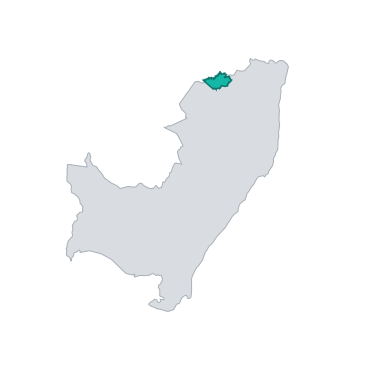 Sandia, Puno, Peru shown in context, rotated 245°
{"feature_id": "86281439B32032082656225", "entity_name": "Sandia", "entity_type": "district", "adm_level": 2, "iso_a3": "PER", "parent_name": "Peru", "parent_adm1": "Puno", "projection": "albers", "projection_center": [-69.323, -13.833], "detail": "fine", "context": "in_parent", "style": "filled", "palette": "teal", "viewbox_px": 384, "rotation_deg": 245, "n_neighbors": 0, "source": "geoboundaries", "source_scale": "gbopen_adm2", "svg_char_len": 7585}
<svg xmlns="http://www.w3.org/2000/svg" viewBox="0 0 384 384"><g transform="rotate(245 192 192)"><path d="M271.1,114.2L271.0,115.2L269.7,115.7L268.5,115.0L266.8,115.3L264.2,113.0L258.0,113.3L255.3,116.1L251.2,116.7L246.7,118.0L241.6,118.6L233.7,123.0L231.9,124.7L228.4,127.3L225.5,128.2L224.1,136.1L221.4,140.7L220.3,143.3L221.9,147.1L221.9,148.9L220.3,150.5L219.0,150.6L216.3,152.3L212.4,155.9L211.7,158.6L213.1,162.1L212.6,162.5L209.3,163.2L209.4,165.2L208.8,166.0L211.6,168.7L213.2,169.4L213.3,170.1L213.0,170.8L212.4,171.1L212.4,171.7L214.4,173.8L216.0,178.0L218.9,180.0L219.0,181.4L219.9,182.7L221.4,183.7L225.0,187.9L225.1,189.8L221.5,194.4L227.6,194.3L234.3,195.7L235.2,196.4L236.0,198.5L236.1,199.8L237.5,200.8L237.4,203.3L246.2,203.3L251.8,202.6L261.0,195.0L262.4,194.3L261.7,196.0L261.6,197.2L262.1,198.5L261.0,200.3L261.0,218.7L262.7,217.7L264.8,219.4L266.4,219.5L271.4,217.4L277.2,217.7L290.8,241.8L289.6,243.4L289.7,244.6L288.0,245.7L286.3,247.6L286.3,257.2L284.9,260.1L285.7,261.6L286.4,264.6L287.6,266.5L287.9,267.6L287.8,268.1L285.9,269.1L285.8,270.9L282.5,274.3L281.8,276.6L280.6,277.3L280.4,279.9L283.4,284.2L281.4,286.7L279.7,290.4L282.7,298.3L283.9,299.4L285.3,299.4L287.2,300.1L288.3,301.3L285.8,302.7L285.5,303.4L285.6,306.0L283.0,307.9L279.4,312.9L278.5,313.1L276.7,314.6L276.3,315.4L276.6,316.1L278.2,317.5L278.3,319.3L275.8,321.6L274.0,321.8L273.3,322.4L274.0,325.4L274.0,326.8L273.5,328.4L272.2,330.2L268.4,332.0L265.0,332.4L259.0,327.9L257.2,326.0L251.3,322.2L250.3,318.2L248.4,316.2L244.8,314.8L241.9,312.7L239.7,311.8L234.4,307.3L229.5,305.9L220.4,301.2L215.5,299.7L209.1,295.4L205.7,294.2L203.0,292.2L194.7,287.9L193.3,286.5L192.0,284.4L190.2,283.1L188.0,280.1L184.9,278.5L181.9,276.2L178.1,270.0L176.4,268.6L176.2,265.7L174.9,264.4L176.7,263.5L177.7,259.0L177.0,256.7L172.6,250.9L171.8,248.4L168.6,243.9L167.4,241.2L164.8,239.2L163.7,237.5L162.4,236.9L162.2,234.7L161.1,230.7L159.7,228.8L154.7,225.1L154.0,221.0L152.8,218.2L145.6,206.9L141.2,195.9L137.6,189.9L136.0,186.4L135.8,184.5L133.2,181.3L131.7,178.4L125.9,172.8L122.3,166.5L121.8,164.7L119.4,161.2L115.6,156.8L113.7,155.0L102.6,149.9L97.3,146.7L96.6,145.0L96.8,143.9L97.9,142.9L99.5,143.6L100.4,143.2L101.1,141.9L101.0,140.0L100.0,137.6L96.2,133.1L97.0,130.9L93.2,125.6L93.8,120.2L94.5,118.8L99.6,113.2L100.9,110.8L103.2,109.3L105.4,107.0L108.1,105.2L109.0,105.8L109.9,108.6L109.9,110.5L110.8,112.6L108.9,114.6L106.8,114.3L106.0,114.9L105.7,115.8L106.1,117.2L106.7,117.8L108.3,117.8L106.3,120.7L106.5,121.3L108.0,121.7L109.3,120.9L110.8,119.2L111.7,119.0L117.1,121.5L119.6,121.1L121.6,122.3L121.9,124.3L124.7,128.1L128.7,128.9L129.4,128.5L130.2,127.0L131.1,126.8L131.2,124.6L134.6,122.1L135.0,120.5L134.5,119.4L134.5,118.5L136.4,113.2L137.0,112.7L137.5,111.0L138.3,109.9L139.2,104.1L140.2,104.1L141.2,105.4L142.2,105.0L141.6,103.7L141.8,103.3L145.4,98.5L146.6,97.5L165.0,90.5L174.2,83.7L182.1,74.3L184.5,65.0L185.4,65.7L187.0,65.4L186.4,61.7L186.7,59.9L186.6,59.4L184.0,57.3L182.9,54.9L180.6,53.6L180.7,53.0L183.1,53.5L185.2,53.2L187.1,51.6L188.4,51.7L191.6,53.7L193.8,53.9L194.6,55.3L196.9,56.4L200.1,59.5L201.6,62.9L201.5,63.5L202.9,65.3L206.0,66.1L209.1,68.6L212.3,69.4L213.7,71.6L214.6,72.4L215.0,73.7L214.6,75.2L215.0,76.0L217.4,77.4L219.4,77.4L219.8,78.1L221.0,81.8L220.3,83.8L220.6,84.8L223.2,85.7L224.0,86.6L226.0,86.7L229.0,85.8L232.6,87.0L235.4,86.5L236.7,86.2L238.0,85.3L239.1,85.3L241.9,82.9L242.7,82.7L245.8,83.7L248.4,85.4L251.5,85.0L252.8,84.0L255.1,83.4L259.3,85.4L260.2,86.4L261.3,86.5L265.8,88.6L266.6,89.4L268.9,90.2L269.4,90.8L269.3,91.6L259.0,107.4L262.2,108.6L265.2,107.8L266.7,108.9L267.9,111.4L270.2,113.1L271.1,114.2Z" fill="#d9dde1" stroke="#a8b0b8" stroke-width="1"/><path d="M275.6,273.0L275.9,273.1L276.0,273.2L276.0,273.3L276.1,273.5L276.1,273.9L276.1,274.4L276.2,274.5L276.3,274.6L276.6,275.2L276.8,275.3L277.2,274.7L277.4,274.8L277.7,274.7L277.9,274.5L278.0,274.5L278.1,274.4L278.3,274.3L278.6,274.2L279.0,274.1L279.3,274.3L279.3,274.5L279.6,274.5L279.8,274.6L280.1,274.6L280.4,274.5L280.8,274.7L281.0,274.5L281.1,274.3L281.0,273.9L281.1,273.7L281.3,273.6L281.2,273.4L281.3,273.2L281.2,273.1L281.4,273.0L281.4,272.7L281.5,272.5L281.6,272.0L281.6,271.6L281.4,271.2L281.9,270.4L281.9,269.9L282.0,269.8L282.3,269.9L282.6,270.3L282.5,270.5L282.5,270.9L282.7,271.1L282.7,271.5L282.7,271.8L282.8,271.8L283.1,271.8L283.3,271.8L283.8,272.1L284.2,272.5L284.5,272.5L284.8,271.9L285.1,271.9L285.2,271.7L285.6,271.6L285.6,271.3L285.8,271.2L285.9,271.3L285.9,271.1L286.1,271.0L286.2,270.8L286.1,270.6L286.0,270.4L285.9,270.4L285.9,270.2L285.8,269.9L285.9,269.7L286.0,269.4L286.3,269.1L286.2,269.1L286.2,268.9L286.2,268.7L286.3,268.6L286.5,268.6L286.4,268.5L286.6,268.4L288.6,268.4L288.5,268.2L288.3,268.1L288.3,267.9L288.2,267.8L288.3,267.8L288.2,267.7L288.3,267.4L288.5,267.4L288.3,267.1L287.9,266.7L287.9,266.3L287.7,266.3L287.8,266.2L287.6,265.8L287.6,265.7L287.4,265.6L287.2,265.5L287.2,265.4L287.1,265.5L287.0,265.4L286.9,265.3L286.9,265.2L286.7,265.1L286.6,264.9L286.3,264.6L286.4,264.3L286.5,264.2L286.4,264.2L286.3,263.9L286.2,263.6L286.3,263.4L286.4,263.2L286.5,263.2L286.8,262.9L286.9,262.5L287.0,262.4L287.2,262.1L286.7,261.9L286.4,261.8L286.1,261.7L286.3,261.6L286.3,261.4L286.1,261.2L285.9,260.9L285.6,261.0L285.5,260.8L285.5,260.7L285.4,260.6L285.2,260.4L285.2,260.2L285.0,259.9L285.0,259.7L285.3,259.5L285.5,259.4L285.5,259.5L285.4,259.5L285.5,259.6L285.9,259.6L286.1,259.6L286.0,259.4L285.9,259.2L286.0,259.2L286.4,259.0L286.4,258.9L286.5,258.9L286.6,258.6L286.7,258.4L286.8,258.3L286.8,258.2L286.9,257.8L287.0,257.8L286.9,257.7L287.0,257.7L287.3,257.4L287.2,257.4L287.3,257.3L287.3,257.2L287.4,256.9L287.5,256.8L287.4,256.6L287.5,256.6L287.4,256.4L287.5,256.2L287.5,256.3L287.5,256.2L287.6,256.3L287.7,256.2L287.5,255.9L287.6,255.7L287.6,255.4L287.8,255.4L287.7,255.3L287.8,255.3L287.8,255.1L288.0,255.1L287.9,255.0L288.0,255.0L288.0,254.9L287.8,254.8L288.0,254.7L287.9,254.6L288.0,254.4L288.1,254.5L288.1,254.3L288.1,254.2L288.1,253.9L288.1,253.7L288.3,253.7L288.1,253.6L288.2,253.4L288.3,253.3L288.3,253.2L288.2,253.1L288.2,252.9L288.1,253.0L288.1,252.8L288.1,252.5L287.9,252.3L288.0,252.3L288.1,252.2L288.1,251.9L288.0,251.6L287.9,251.6L288.0,251.3L287.9,251.3L287.9,251.2L288.0,251.2L288.1,251.3L288.0,251.2L288.0,250.8L288.1,250.6L288.2,250.4L288.1,250.2L288.3,250.2L288.2,250.1L288.3,250.1L288.1,250.0L288.1,249.9L288.2,249.7L288.0,249.8L287.9,249.7L288.0,249.6L287.9,249.6L276.2,254.8L276.1,255.4L276.5,255.8L276.3,255.8L276.3,256.0L276.2,256.1L276.1,256.5L275.8,256.6L275.9,256.9L275.7,257.3L275.4,257.2L275.3,257.3L275.2,257.3L275.2,257.2L275.0,257.3L274.9,257.3L275.2,257.5L275.4,257.5L275.5,257.5L275.4,257.8L275.3,258.0L275.2,258.2L275.2,258.5L275.2,258.9L275.1,259.0L275.0,259.3L274.8,259.7L274.7,260.0L274.8,260.2L274.7,260.5L274.6,260.8L274.4,261.1L274.2,261.0L274.3,261.3L274.3,261.5L274.5,261.7L274.5,261.8L274.7,262.0L275.0,262.1L275.0,262.3L274.9,262.4L275.0,262.5L275.3,262.8L275.5,262.9L275.8,263.0L276.0,263.2L276.0,263.5L275.8,263.8L275.4,264.0L275.4,264.3L275.1,264.6L275.1,265.3L274.7,265.5L274.3,265.7L274.3,265.8L274.1,266.0L273.9,266.3L273.8,266.6L273.7,266.7L273.6,267.0L273.6,267.3L273.6,267.5L273.5,267.9L273.4,268.0L273.2,268.3L273.3,268.4L273.2,268.6L273.2,268.9L273.2,269.0L273.3,269.2L273.4,269.3L273.5,269.2L273.8,269.2L274.0,269.2L274.2,269.3L274.3,269.6L274.2,269.8L274.4,269.9L274.5,270.1L274.9,270.2L275.0,270.4L275.0,270.7L275.1,270.8L275.0,271.2L275.1,271.5L275.3,271.6L275.6,271.5L275.7,271.8L275.9,271.9L276.1,272.0L275.9,272.3L275.7,272.6L275.6,273.0Z" fill="#14b8a6" stroke="#0f766e" stroke-width="1.5"/></g></svg>